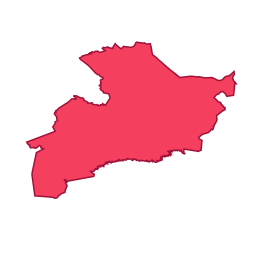 outline of Zentenes pag., Tukums, Latvia, rotated 193°
{"feature_id": "27541924B96888241356563", "entity_name": "Zentenes pag.", "entity_type": "district", "adm_level": 2, "iso_a3": "LVA", "parent_name": "Latvia", "parent_adm1": "Tukums", "projection": "equal_earth", "projection_center": [23.028, 57.169], "detail": "fine", "context": "isolated", "style": "filled", "palette": "rose", "viewbox_px": 256, "rotation_deg": 193, "n_neighbors": 0, "source": "geoboundaries", "source_scale": "gbopen_adm2", "svg_char_len": 5744}
<svg xmlns="http://www.w3.org/2000/svg" viewBox="0 0 256 256"><g transform="rotate(193 128 128)"><path d="M203.5,40.9L185.8,43.6L183.4,43.1L181.2,44.1L180.6,46.1L179.0,47.8L178.2,49.1L175.7,50.6L174.9,51.3L175.0,52.0L175.4,52.6L175.3,53.2L174.8,53.9L174.8,56.5L174.3,57.1L174.5,58.0L174.8,58.8L176.6,60.3L176.4,60.7L175.5,61.2L175.4,61.4L176.2,61.7L177.1,62.3L178.2,62.6L178.0,63.4L177.5,63.6L177.2,63.2L176.1,63.1L175.3,62.4L150.5,73.2L150.6,74.0L150.3,75.0L150.8,75.6L153.8,76.6L154.7,77.4L152.8,77.7L151.3,78.5L150.8,79.5L151.3,80.0L151.2,80.2L150.4,80.7L149.3,80.8L150.0,81.2L148.0,82.0L148.3,82.7L148.1,83.2L148.5,83.4L147.1,83.7L148.2,84.1L147.6,84.5L147.0,84.5L147.0,84.2L146.6,84.3L146.8,85.1L145.7,85.5L145.6,85.3L145.8,85.1L145.1,85.0L144.6,85.5L143.8,85.0L143.0,85.0L143.8,86.7L143.5,86.9L142.6,86.8L142.3,87.7L142.5,88.3L142.2,88.5L141.4,88.2L140.1,88.5L140.6,88.8L140.4,89.1L141.1,89.1L140.9,89.8L141.1,90.0L140.3,90.0L139.7,90.6L139.4,90.0L138.8,90.7L137.6,90.4L138.3,91.2L138.2,91.4L137.4,90.9L136.7,90.7L136.4,90.8L136.8,91.0L136.1,91.3L135.9,91.8L135.5,91.9L134.2,91.7L133.4,92.6L132.8,92.1L132.0,92.9L131.2,92.9L131.9,93.2L131.7,93.4L130.2,93.5L130.4,94.5L129.7,94.6L129.5,95.3L129.1,95.1L128.8,94.2L128.3,94.2L128.0,94.6L126.9,94.8L127.2,94.9L127.1,95.1L124.9,95.8L125.0,96.0L124.1,96.4L123.3,96.2L122.5,96.5L121.7,97.6L121.8,98.0L121.5,98.0L121.3,97.6L120.2,97.8L119.2,98.4L117.7,98.1L117.5,97.7L117.1,97.6L116.0,97.6L115.9,97.8L116.1,98.1L115.8,98.4L114.8,98.3L115.5,98.6L115.7,99.1L115.4,99.4L114.7,99.3L114.6,99.1L113.4,99.2L112.8,98.4L112.5,98.3L112.2,98.4L111.8,98.9L109.2,98.3L108.3,99.5L107.1,99.1L106.6,99.5L105.8,99.5L105.5,99.7L104.1,99.5L103.9,99.8L102.4,100.5L102.3,99.8L101.7,100.1L101.8,100.5L101.2,100.4L101.5,99.9L99.7,99.7L99.4,99.8L99.4,100.3L98.4,101.1L97.6,101.2L96.9,100.8L97.0,101.5L97.6,101.9L97.5,102.2L96.1,102.0L95.0,101.0L93.2,100.9L92.1,101.5L92.4,102.5L91.2,102.1L91.0,102.7L90.4,102.7L90.0,103.3L89.3,103.5L89.5,103.9L89.4,104.1L88.2,104.2L88.4,105.1L88.1,105.3L87.7,105.1L87.7,105.6L88.3,105.8L88.2,106.1L88.4,106.3L89.3,106.1L89.2,106.4L89.4,106.9L88.2,107.0L88.2,107.6L87.7,107.8L88.2,108.4L87.4,108.8L85.6,108.2L85.6,108.5L85.2,108.8L85.4,109.3L84.7,108.9L83.9,109.3L84.5,109.5L84.1,109.8L82.7,109.5L82.6,109.8L83.2,110.1L82.7,110.5L81.5,110.3L82.3,110.6L82.4,110.9L81.6,110.8L81.8,111.0L80.9,111.1L81.4,111.9L80.6,111.6L80.1,111.7L81.1,112.4L80.4,113.1L80.9,113.2L80.9,114.0L81.3,113.9L81.4,113.5L81.6,113.4L82.3,113.4L82.6,113.6L82.5,114.0L83.7,114.3L83.5,114.5L82.4,114.5L82.3,115.0L81.6,115.2L80.2,115.1L80.0,115.3L80.4,115.7L80.1,116.0L79.8,115.9L80.0,115.6L79.5,115.3L79.6,115.7L78.2,116.6L77.0,116.5L76.8,117.2L76.1,117.3L75.0,116.9L74.9,117.4L74.5,117.7L73.5,117.7L72.1,117.2L71.8,118.0L71.2,118.1L71.2,117.8L70.3,116.7L69.5,116.8L69.5,116.3L69.2,115.8L68.2,116.1L67.9,116.0L68.2,115.8L67.4,115.4L66.9,115.8L67.6,116.3L68.2,116.3L68.7,120.1L53.9,121.1L53.6,121.7L51.8,122.7L53.1,132.5L56.0,133.4L57.1,134.8L54.0,138.6L48.6,141.7L46.8,144.5L46.4,145.5L45.1,145.3L44.6,148.6L45.2,148.7L43.9,152.1L43.1,155.8L44.5,160.0L40.0,165.5L39.6,166.3L38.9,166.4L38.7,167.0L37.7,167.6L37.9,167.9L37.6,168.2L38.2,168.9L38.0,169.4L38.2,169.9L39.6,170.0L40.9,171.4L42.2,171.7L43.0,172.6L42.8,172.7L43.3,173.5L44.1,173.8L46.5,173.8L46.9,174.6L48.1,175.2L48.6,175.7L49.7,176.2L51.0,177.1L49.0,180.8L47.2,181.6L46.6,183.0L44.1,185.0L40.8,183.3L38.9,181.1L32.5,183.6L33.9,195.5L32.7,195.5L34.1,196.9L35.6,197.6L37.5,200.7L36.5,204.4L37.4,206.9L40.3,202.7L42.5,200.8L43.4,200.8L45.4,199.1L46.3,197.1L47.9,195.5L49.3,195.0L51.0,194.6L57.4,196.1L64.0,194.2L70.8,193.9L73.0,193.1L77.0,192.9L78.1,192.3L78.5,192.6L88.8,188.9L93.3,190.8L93.5,190.9L93.2,191.1L99.9,194.1L114.0,201.6L115.8,202.8L120.8,205.1L123.5,211.7L125.2,215.1L128.6,214.0L130.9,214.6L133.2,214.0L139.1,213.5L139.7,212.4L140.1,209.9L140.9,208.8L143.0,207.2L150.8,206.5L151.4,205.0L152.9,203.7L158.5,206.5L159.4,207.3L160.8,203.6L160.7,202.0L164.5,202.0L165.9,202.5L168.6,201.0L170.4,200.9L170.9,199.7L168.6,198.6L168.4,198.3L167.7,198.3L168.5,197.5L172.0,195.5L173.3,195.3L174.6,196.1L177.1,195.4L177.9,194.1L180.1,194.2L180.6,193.6L180.5,193.1L181.8,192.8L180.9,191.7L182.9,191.6L183.2,191.2L183.3,190.6L186.0,189.5L187.1,188.5L187.8,188.4L188.8,187.8L189.1,186.7L191.0,185.4L190.0,184.3L180.6,180.0L171.6,174.0L169.9,173.4L169.7,173.2L168.2,173.3L166.2,171.8L163.9,171.6L163.5,170.6L163.3,170.5L163.8,169.9L165.1,169.1L165.6,168.4L165.5,167.8L164.6,166.6L164.9,165.9L164.3,165.0L164.4,164.5L164.2,163.8L164.6,163.5L165.5,163.3L165.5,162.9L163.7,162.0L163.5,161.2L164.0,160.0L163.3,159.6L163.1,159.0L160.3,158.0L160.3,157.5L159.6,156.7L154.4,157.0L152.2,153.2L154.6,146.5L154.9,145.2L157.9,145.9L157.3,145.0L159.3,144.4L159.4,144.7L160.1,144.5L160.3,143.7L161.0,143.2L162.0,143.3L162.2,143.6L162.6,143.3L163.6,143.8L164.1,143.3L164.9,143.2L167.9,143.2L167.9,143.8L168.8,144.5L169.9,144.1L170.2,143.7L172.6,143.2L172.5,143.6L173.0,144.0L173.8,144.1L174.1,144.5L177.1,145.0L177.3,145.8L178.4,146.6L178.2,146.9L178.5,147.0L181.4,146.7L185.2,147.7L187.8,147.3L188.0,147.0L187.9,146.6L186.8,146.3L185.2,145.1L186.0,143.9L186.8,144.3L189.2,143.8L192.1,139.7L199.8,131.8L201.6,128.9L202.3,128.5L201.7,127.0L202.6,127.0L202.8,126.7L202.9,125.0L201.2,123.9L200.0,122.6L199.5,120.9L198.3,119.3L200.4,117.7L200.0,116.2L201.5,112.2L201.2,111.6L198.1,108.4L223.5,91.5L222.7,90.8L222.6,90.2L222.0,90.1L221.4,89.5L220.1,89.5L220.2,88.6L219.5,88.2L219.4,87.6L218.5,86.8L216.7,87.3L215.8,87.9L214.7,87.4L213.8,87.4L213.7,87.8L212.4,88.2L212.4,88.7L211.9,89.0L210.6,90.9L210.3,91.1L208.8,90.6L208.7,89.7L208.3,89.1L207.6,88.8L206.8,89.0L205.6,88.7L211.7,83.4L211.4,63.9L211.1,61.0L203.5,40.9Z" fill="#f43f5e" stroke="#9f1239" stroke-width="1.5"/></g></svg>